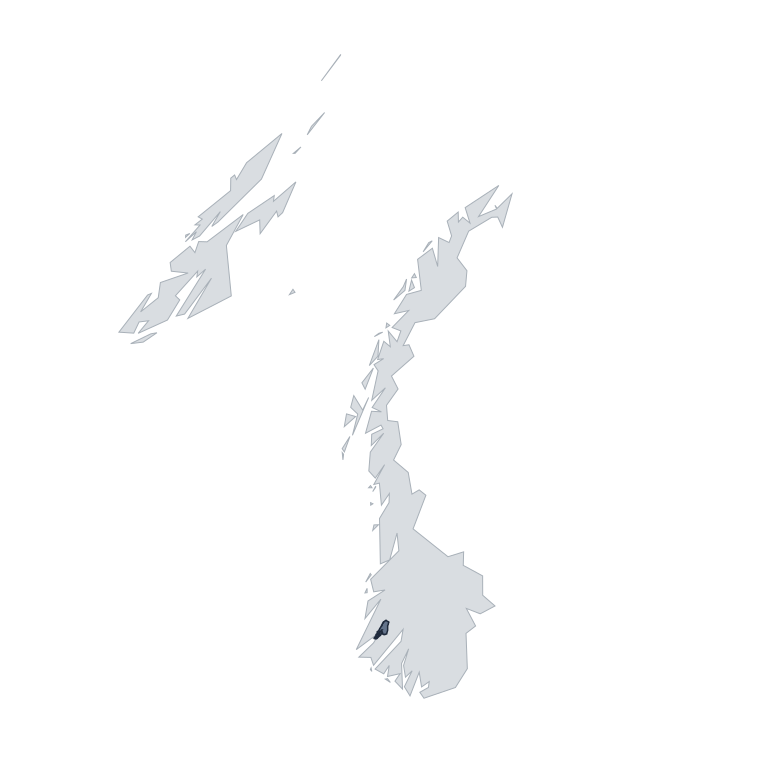 location of Stryn nor, Sogn og Fjordane, Norway, rotated 310°
{"feature_id": "86288312B20375787798731", "entity_name": "Stryn nor", "entity_type": "district", "adm_level": 2, "iso_a3": "NOR", "parent_name": "Norway", "parent_adm1": "Sogn og Fjordane", "projection": "natural_earth1", "projection_center": [6.614, 61.822], "detail": "fine", "context": "in_parent", "style": "filled", "palette": "slate", "viewbox_px": 768, "rotation_deg": 310, "n_neighbors": 0, "source": "geoboundaries", "source_scale": "gbopen_adm2", "svg_char_len": 6839}
<svg xmlns="http://www.w3.org/2000/svg" viewBox="0 0 768 768"><g transform="rotate(310 384 384)"><path d="M450.9,368.3L425.7,374.0L430.1,377.9L424.5,389.1L394.9,384.6L389.2,398.0L369.3,399.6L358.4,410.3L363.9,418.8L348.6,436.1L331.9,440.2L331.8,459.4L317.6,476.2L325.5,479.0L325.7,487.6L291.7,499.4L292.8,544.0L306.6,552.9L296.0,561.3L300.4,582.9L285.6,595.4L285.3,611.7L269.8,605.4L265.0,591.3L257.5,609.7L245.7,607.1L219.5,630.8L197.4,633.8L169.0,616.6L170.9,609.6L180.1,613.1L185.1,609.9L176.1,607.5L185.9,596.2L161.8,604.4L165.2,594.2L182.4,589.9L173.2,588.9L181.0,579.9L197.0,573.1L181.2,577.1L162.2,594.3L163.4,583.4L172.5,582.5L162.2,574.7L171.8,568.9L161.8,570.1L159.9,560.4L197.8,562.5L208.4,556.3L161.8,556.8L166.1,549.7L158.6,540.3L178.8,542.4L192.1,540.5L162.7,533.5L217.2,519.9L192.1,520.2L207.5,511.2L226.9,517.2L218.2,509.7L225.8,499.3L265.8,502.6L278.2,489.8L252.9,501.4L243.9,496.8L278.1,467.0L296.4,464.1L303.5,458.5L289.5,459.9L305.1,444.2L300.5,440.8L322.6,436.3L306.3,437.8L307.6,428.3L323.0,417.3L346.1,415.4L328.7,413.8L337.6,406.9L349.1,412.1L350.6,408.1L334.4,401.5L355.1,392.0L361.0,399.9L358.4,390.0L382.0,387.5L363.6,385.1L390.3,371.0L392.4,363.9L403.2,367.4L398.6,363.4L416.6,356.4L416.6,364.9L427.3,353.2L424.8,366.8L435.5,362.8L432.5,353.9L456.2,355.7L444.5,346.8L467.1,343.7L479.7,352.4L501.1,329.6L519.1,333.8L508.5,349.6L531.3,331.7L534.2,342.9L540.9,340.6L549.4,327.7L563.4,330.3L555.9,336.9L562.4,337.1L562.5,346.5L571.3,332.8L609.9,344.3L573.0,348.8L590.3,357.7L612.0,359.8L580.2,374.0L585.0,363.8L581.0,359.4L555.5,350.6L527.6,358.9L524.1,374.7L511.2,383.7L466.5,380.8L450.9,368.3ZM339.6,142.1L364.8,146.8L363.1,154.7L374.0,150.5L379.2,157.1L423.3,167.2L388.8,174.2L353.3,210.4L308.2,191.6L354.2,183.8L309.4,186.3L302.5,181.2L357.3,173.5L345.7,171.8L350.7,168.7L317.5,167.5L317.1,173.5L293.8,177.0L264.8,163.1L281.1,163.0L274.1,156.5L262.1,159.6L253.3,147.6L300.2,145.7L303.9,147.6L282.8,151.2L305.0,155.6L318.0,147.5L343.1,162.6L333.7,148.6L339.6,142.1ZM392.6,134.2L433.5,142.2L443.2,134.3L448.1,135.2L445.8,139.6L465.2,136.5L510.3,144.8L462.2,158.4L401.4,152.7L394.0,150.8L410.9,147.8L378.8,147.6L371.1,144.4L380.1,142.4L365.3,140.4L387.5,140.9L384.4,136.9L393.5,138.8L392.6,134.2ZM427.2,170.0L457.8,178.8L452.9,181.9L482.2,186.6L450.1,196.2L443.9,195.4L447.4,190.6L419.5,192.5L429.8,183.3L405.6,172.3L427.2,170.0ZM350.3,384.4L363.8,380.9L324.4,392.8L344.1,383.2L344.7,373.5L355.7,368.3L350.3,384.4ZM370.7,366.3L389.4,365.6L367.9,372.9L370.7,366.3ZM388.7,360.9L414.7,351.6L401.4,361.5L388.7,360.9ZM252.1,164.0L272.5,173.1L277.3,177.1L261.3,172.6L252.1,164.0ZM337.0,374.5L340.8,383.2L325.8,381.0L337.0,374.5ZM478.9,333.8L469.1,339.9L454.5,337.4L471.0,336.2L478.9,333.8ZM481.3,338.3L477.4,345.4L471.1,343.4L481.3,338.3ZM307.6,393.5L321.9,391.6L306.5,397.3L307.6,393.5ZM607.7,139.4L576.0,141.1L608.7,139.0L607.7,139.4ZM534.8,162.8L553.8,164.0L525.5,165.0L534.8,162.8ZM510.4,329.0L521.0,327.4L524.7,328.9L510.4,329.0ZM488.1,336.4L486.3,340.3L483.1,337.0L488.1,336.4ZM432.4,346.9L432.6,350.7L428.3,349.4L432.4,346.9ZM398.0,253.4L397.0,256.9L391.7,254.1L398.0,253.4ZM512.2,168.0L503.5,167.6L502.4,166.3L512.2,168.0ZM269.6,466.9L272.6,470.2L264.6,469.5L269.6,466.9ZM414.1,346.1L419.6,347.5L422.9,349.7L414.1,346.1ZM370.6,136.4L374.5,138.5L368.8,137.7L370.6,136.4ZM229.6,496.9L220.5,497.3L230.0,495.3L229.6,496.9ZM216.6,502.4L213.3,505.2L211.7,503.7L216.6,502.4ZM304.2,398.2L299.5,401.3L304.6,396.1L304.2,398.2ZM160.5,576.1L159.5,580.7L158.8,574.7L160.5,576.1ZM296.8,441.5L294.6,438.9L297.5,439.0L296.8,441.5ZM592.2,354.1L591.5,357.2L591.0,356.7L592.2,354.1ZM299.4,444.0L294.3,444.5L300.5,443.3L299.4,444.0ZM284.5,450.0L285.1,452.5L282.6,451.7L284.5,450.0ZM158.2,556.6L156.0,559.4L156.5,557.1L158.2,556.6Z" fill="#d9dde1" stroke="#a8b0b8" stroke-width="1"/><path d="M203.5,537.2L203.1,537.2L202.8,536.9L202.3,536.9L201.5,536.9L201.4,536.5L200.7,536.6L200.8,536.7L200.8,536.8L200.7,536.9L200.5,537.0L200.4,537.0L200.2,537.1L199.9,537.0L199.6,537.0L198.4,537.1L198.5,537.2L198.4,537.4L198.2,537.6L197.9,537.7L197.3,537.7L196.9,537.7L196.7,537.8L196.3,537.6L196.1,537.6L195.6,537.8L195.4,537.9L195.1,537.8L194.6,537.9L194.3,537.9L194.3,538.0L194.2,538.1L193.7,538.1L193.3,538.1L193.2,538.1L192.9,538.2L192.9,538.3L192.7,538.3L192.4,538.5L192.2,538.5L192.0,538.4L191.8,538.5L191.6,538.5L191.3,538.4L190.9,538.3L190.7,538.3L190.1,538.3L189.8,538.4L189.7,538.5L189.4,538.7L189.3,538.9L189.3,539.0L189.2,539.0L189.2,538.9L189.1,539.0L188.9,539.0L188.9,538.9L188.8,539.0L188.7,539.0L188.4,539.0L188.2,539.0L187.8,539.2L187.6,539.1L187.3,538.9L186.9,539.0L186.9,539.3L186.8,539.5L186.7,539.5L186.8,539.8L186.1,539.8L185.9,539.8L185.6,539.7L185.4,539.6L185.0,539.6L184.8,539.7L184.7,539.8L184.2,539.7L183.7,539.8L183.6,539.7L183.3,539.7L183.4,539.8L183.3,540.2L183.3,540.4L183.4,540.6L183.5,540.7L184.2,540.6L184.5,540.6L184.8,540.7L184.9,540.8L185.0,540.8L185.3,540.9L185.3,541.0L185.6,541.1L185.8,541.2L186.0,541.3L186.4,541.4L186.6,541.4L187.0,541.4L187.9,541.4L188.2,541.3L188.3,541.3L188.3,541.0L188.3,540.9L188.4,540.6L188.5,540.6L188.7,540.4L188.8,540.3L189.1,540.2L189.4,540.1L189.8,540.1L190.0,540.0L189.9,540.0L190.2,540.0L190.4,540.0L190.7,540.1L191.0,540.1L191.3,540.0L191.3,539.9L191.5,539.8L191.5,539.7L191.8,539.7L191.7,539.7L191.6,539.8L191.6,540.0L192.0,540.2L192.7,540.3L192.8,540.3L193.1,540.4L193.1,540.5L193.4,540.5L193.6,540.4L194.0,540.3L194.2,540.5L193.8,540.5L193.7,540.6L193.8,540.6L193.6,540.7L193.6,540.8L193.6,541.0L193.4,541.3L193.4,541.2L193.3,540.9L193.2,540.9L192.9,540.8L192.8,540.7L192.7,540.7L192.4,540.6L192.2,540.6L191.8,540.5L191.7,540.5L191.5,540.4L191.4,540.4L191.0,540.4L190.9,540.4L190.7,540.4L190.3,540.4L190.1,540.4L189.9,540.5L189.5,540.5L189.4,540.5L189.2,540.5L189.3,540.6L189.6,540.7L189.8,540.8L189.8,541.0L189.7,541.1L189.4,541.2L189.3,541.3L189.1,541.4L188.9,541.4L188.9,541.5L188.7,541.6L188.3,541.9L188.1,541.9L188.1,542.0L187.6,542.0L187.3,542.0L187.0,542.0L186.9,542.0L186.3,541.9L186.2,541.9L185.6,541.7L185.4,541.6L185.2,541.5L185.0,541.4L184.9,541.3L184.7,541.2L184.3,541.1L184.2,541.1L183.8,541.0L183.7,541.0L183.4,541.0L183.5,541.1L183.8,541.1L183.7,541.3L184.0,541.3L183.9,541.9L184.3,542.1L184.8,542.3L185.1,542.3L185.3,542.2L186.0,542.3L186.3,542.3L186.5,542.4L187.5,542.4L187.8,542.5L188.4,542.6L188.5,542.7L188.9,542.8L189.0,542.8L189.3,542.8L189.5,542.8L190.1,542.7L191.1,542.1L192.2,542.2L192.5,542.4L192.6,542.6L192.5,542.8L192.4,543.0L192.0,543.1L191.5,543.6L191.8,544.1L191.8,544.5L192.1,544.7L192.2,544.9L192.1,545.3L192.3,545.4L192.9,545.5L193.0,545.6L192.9,545.7L193.0,546.0L194.4,546.7L195.3,546.1L195.9,545.9L197.7,545.1L200.9,542.4L201.2,542.1L202.3,541.9L204.1,540.9L204.7,540.8L204.7,540.0L204.3,539.0L204.4,537.9L204.3,537.5L204.3,537.4L204.1,537.3L203.9,537.3L203.5,537.2Z" fill="#64748b" stroke="#1e293b" stroke-width="1.5"/></g></svg>